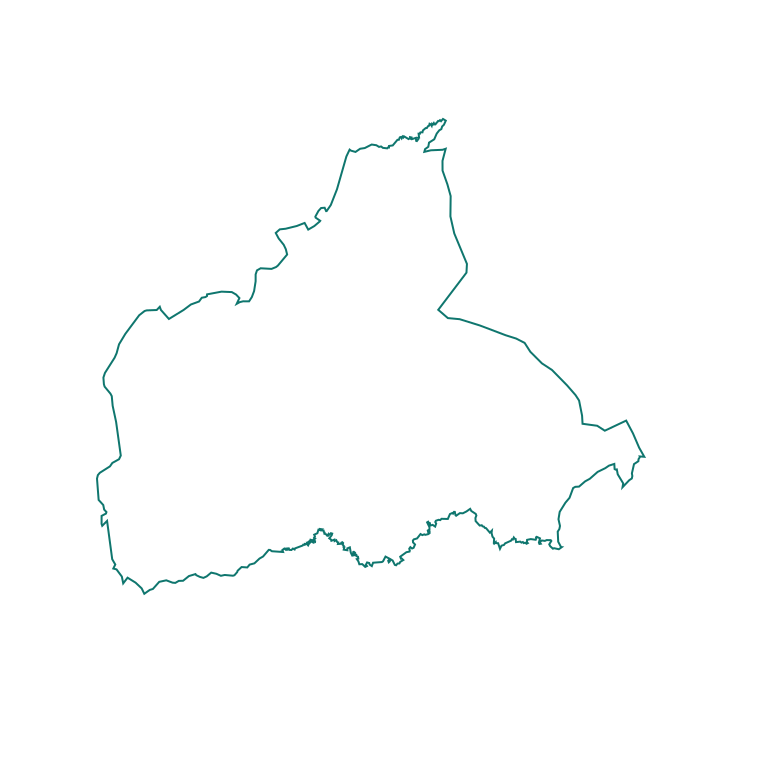 outline of Abuakwa South, Eastern, Ghana, rotated 17°
{"feature_id": "2480657B6434141016984", "entity_name": "Abuakwa South", "entity_type": "district", "adm_level": 2, "iso_a3": "GHA", "parent_name": "Ghana", "parent_adm1": "Eastern", "projection": "natural_earth1", "projection_center": [-0.472, 6.173], "detail": "fine", "context": "isolated", "style": "outline", "palette": "teal", "viewbox_px": 768, "rotation_deg": 17, "n_neighbors": 0, "source": "geoboundaries", "source_scale": "gbopen_adm2", "svg_char_len": 6165}
<svg xmlns="http://www.w3.org/2000/svg" viewBox="0 0 768 768"><g transform="rotate(17 384 384)"><path d="M192.9,650.9L195.4,644.2L204.5,646.6L212.0,650.3L216.1,654.7L220.2,649.4L222.9,647.6L226.9,638.9L233.2,635.4L239.9,635.8L242.6,635.2L245.3,632.3L249.4,630.9L253.6,624.7L259.3,620.9L260.3,621.7L264.3,622.3L268.0,622.2L270.7,619.8L273.9,614.9L279.1,614.5L284.1,615.1L287.5,613.2L295.6,611.5L296.9,610.6L298.6,606.8L298.6,605.4L301.3,600.7L306.9,599.4L308.3,596.0L312.5,593.4L316.0,587.3L318.8,584.3L322.3,576.3L323.6,576.0L325.7,576.7L335.6,574.4L334.9,574.1L336.1,573.4L335.4,572.4L336.8,570.5L338.2,571.1L338.5,570.1L339.7,571.0L340.4,570.4L340.2,569.3L341.0,569.0L342.0,570.3L344.0,569.8L345.0,568.0L346.9,568.4L347.0,567.2L353.5,562.2L353.7,561.3L355.1,561.0L355.0,560.1L356.0,560.0L356.4,559.2L358.6,560.5L358.8,559.2L357.8,558.4L359.2,558.3L359.8,557.0L358.1,556.8L359.2,555.3L359.2,554.4L360.1,554.4L360.7,555.3L361.4,554.3L362.0,556.2L363.0,556.3L362.9,555.0L364.2,555.1L364.1,554.6L362.5,554.3L363.2,553.4L362.9,552.5L363.3,551.8L362.1,551.4L362.5,549.9L361.3,548.5L363.9,546.2L363.9,542.5L365.0,542.5L364.9,541.4L366.9,541.1L366.3,541.9L366.6,542.4L369.1,541.8L369.7,543.1L370.6,543.4L370.7,544.6L372.8,544.7L373.7,545.6L374.3,545.6L374.7,544.1L375.2,544.9L376.8,542.2L378.2,542.2L378.2,543.9L376.8,547.6L378.9,548.3L379.5,549.3L382.1,547.3L382.7,548.6L384.0,547.3L385.4,548.8L386.6,548.9L386.7,550.5L389.5,549.4L389.6,548.2L390.4,547.5L391.4,548.0L391.5,549.8L392.8,550.5L392.9,551.6L393.8,551.6L393.9,554.2L397.6,553.7L397.0,551.9L399.1,550.2L401.5,554.9L403.8,557.4L405.5,556.5L404.1,555.4L403.7,553.7L404.2,553.3L405.5,553.8L405.2,554.7L407.5,555.4L408.0,556.7L409.6,556.8L410.5,558.5L409.2,559.4L411.4,561.1L413.1,563.6L415.9,562.6L419.5,564.4L420.9,563.1L419.5,562.2L420.0,559.6L422.2,559.5L423.1,560.9L425.6,561.7L425.8,558.1L434.0,554.9L434.9,553.9L435.9,548.6L440.7,549.5L439.7,551.8L440.7,553.1L441.4,551.9L441.3,550.0L441.8,549.8L443.9,550.3L447.2,553.8L448.6,553.8L449.4,551.8L451.2,551.1L451.5,549.4L453.9,546.7L451.7,545.6L451.2,546.0L450.0,544.4L454.6,538.3L457.4,536.8L457.4,535.8L456.3,534.1L456.9,532.3L458.9,533.1L460.2,532.0L460.6,528.4L458.1,527.0L457.4,525.3L457.9,523.9L460.8,522.0L462.8,516.8L464.8,517.3L466.5,516.0L467.5,516.2L470.1,514.7L471.2,513.3L470.6,511.4L470.1,511.3L469.6,512.8L468.7,511.3L470.0,509.8L469.3,507.6L465.7,503.7L466.5,502.8L467.4,503.7L468.5,503.6L469.7,505.8L471.7,504.5L474.6,505.4L474.7,502.2L473.4,501.0L473.6,499.6L475.9,497.9L477.6,497.7L478.4,496.1L484.5,494.4L485.1,489.1L487.0,487.4L487.9,487.8L488.3,485.8L489.1,485.6L490.8,488.6L491.5,488.9L494.3,485.3L497.2,484.6L500.1,481.8L502.9,478.2L504.6,479.9L509.7,481.4L510.8,482.8L510.6,485.4L511.7,488.3L516.9,491.4L518.8,490.5L519.8,491.3L521.3,491.2L522.4,492.1L523.7,492.0L528.7,495.2L530.0,492.7L530.4,495.0L532.4,498.3L534.5,499.6L535.6,504.2L536.0,504.5L537.1,502.4L537.7,503.4L539.7,502.9L543.1,507.7L543.6,504.3L545.8,502.8L546.4,501.0L551.4,496.6L551.7,495.1L552.7,495.1L553.0,492.8L554.3,493.8L555.2,493.7L556.5,496.6L560.4,494.9L561.8,495.5L563.0,494.5L564.2,495.3L565.4,494.5L567.0,495.1L568.0,494.1L566.9,493.5L566.4,491.2L569.7,489.4L574.6,488.6L574.7,487.2L574.2,486.2L574.7,485.5L578.3,486.0L578.5,490.4L579.4,491.5L580.6,490.9L579.1,489.6L580.7,487.5L583.7,487.0L585.2,485.7L589.1,484.6L589.9,485.2L588.9,489.0L590.3,490.5L593.7,492.1L594.6,491.3L599.5,490.9L601.7,488.0L600.9,488.1L596.7,483.9L593.3,474.4L594.1,471.4L593.8,468.3L590.4,462.3L589.4,454.9L592.2,444.4L594.7,438.6L595.3,428.2L597.0,426.4L600.5,425.1L604.8,418.3L608.5,414.5L614.0,405.6L620.2,399.8L623.0,396.3L627.6,393.1L629.4,397.9L630.5,398.2L631.6,397.6L633.9,402.0L641.8,409.1L642.3,413.0L646.7,404.2L648.6,401.9L648.4,399.4L647.2,397.0L646.5,387.5L649.8,383.5L649.4,381.4L650.1,379.0L649.7,378.5L654.2,377.5L646.6,370.3L636.5,358.4L626.3,348.2L608.8,364.1L600.1,361.6L585.5,364.0L582.7,356.4L575.4,342.8L570.4,338.6L559.5,331.8L540.6,321.5L529.0,318.1L514.5,310.4L506.5,303.6L497.1,301.9L486.1,301.8L458.5,300.0L437.4,299.9L425.8,302.3L414.2,297.2L430.3,253.4L428.2,244.9L407.2,219.5L398.5,204.3L392.8,184.8L386.3,174.6L377.6,162.8L374.7,153.5L374.2,141.0L371.5,142.9L360.5,146.8L354.7,150.2L354.6,147.4L357.0,144.2L356.5,140.0L360.5,135.3L361.2,129.1L362.7,125.2L364.3,123.5L364.3,120.7L365.5,118.6L366.1,114.1L362.9,113.3L361.7,116.0L360.4,115.3L359.5,116.7L358.8,116.7L357.6,119.9L356.8,120.0L357.0,120.8L355.7,121.2L355.2,120.3L354.8,121.6L353.9,121.2L354.1,123.2L352.7,122.0L351.5,121.8L351.6,123.8L350.7,124.6L350.1,126.7L349.0,127.1L347.1,130.1L347.2,132.1L345.7,132.5L345.1,133.0L345.2,134.1L343.9,134.5L345.5,138.1L344.5,138.6L345.3,139.6L344.4,142.1L343.7,142.1L342.5,139.3L339.1,141.7L338.4,141.2L338.3,140.2L336.8,140.3L337.3,141.6L336.7,141.5L335.9,142.6L330.7,141.3L330.5,142.5L329.5,141.9L329.1,143.9L328.0,142.8L327.0,143.5L326.8,146.1L325.5,146.5L322.6,153.3L319.2,154.9L319.6,156.4L318.6,156.7L318.2,157.7L313.9,158.5L311.8,157.7L309.9,158.7L306.9,157.9L302.2,158.6L296.6,164.0L292.4,166.0L288.9,170.4L284.2,170.5L282.6,169.9L281.5,177.4L282.1,211.5L280.8,228.4L278.6,235.4L278.1,235.6L275.7,232.8L272.4,234.1L270.7,237.7L269.4,244.0L270.0,244.9L275.3,246.6L275.0,247.4L271.2,253.3L266.4,258.5L261.0,253.2L254.4,258.4L244.5,264.3L239.1,266.6L236.3,271.2L240.7,275.6L247.4,280.2L250.7,283.8L253.5,288.5L247.9,301.8L246.6,303.7L242.8,306.8L232.2,309.4L229.3,312.5L229.2,316.7L231.2,323.3L232.6,333.1L232.2,339.5L230.8,344.4L225.1,346.1L222.1,347.9L219.7,350.4L220.6,344.1L216.4,341.7L211.6,340.6L201.6,343.2L188.6,350.0L189.0,351.7L187.8,353.1L184.5,354.8L183.0,359.2L176.1,364.4L170.7,371.8L159.3,384.7L149.0,378.4L147.0,375.7L145.0,379.7L135.5,383.0L133.7,384.2L129.8,389.8L122.0,411.6L119.0,423.5L119.3,432.7L118.7,437.6L113.9,455.0L113.8,459.9L116.2,466.1L117.6,468.2L125.2,473.2L127.2,475.2L130.9,484.2L138.9,498.6L153.2,529.4L152.6,533.4L147.3,538.9L146.0,542.9L138.2,552.0L137.0,554.8L137.2,558.4L145.0,578.3L150.9,581.8L153.1,585.9L156.0,587.6L156.0,589.2L152.5,592.7L154.8,600.3L156.0,602.0L159.2,595.9L175.3,631.0L179.8,635.2L179.1,639.6L182.4,639.5L189.6,644.8L192.9,650.9Z" fill="none" stroke="#0f766e" stroke-width="2"/></g></svg>